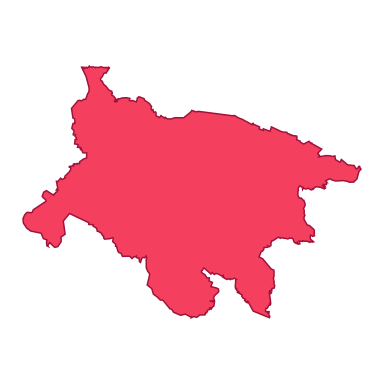 the district of Teocuitatlán de Corona, Jalisco, Mexico
{"feature_id": "50627088B4235190972494", "entity_name": "Teocuitatlán de Corona", "entity_type": "district", "adm_level": 2, "iso_a3": "MEX", "parent_name": "Mexico", "parent_adm1": "Jalisco", "projection": "natural_earth1", "projection_center": [-103.338, 20.111], "detail": "fine", "context": "isolated", "style": "filled", "palette": "rose", "viewbox_px": 384, "rotation_deg": 0, "n_neighbors": 0, "source": "geoboundaries", "source_scale": "gbopen_adm2", "svg_char_len": 5965}
<svg xmlns="http://www.w3.org/2000/svg" viewBox="0 0 384 384"><path d="M206.6,312.8L208.0,309.9L209.3,309.6L209.8,307.7L210.7,307.9L210.6,309.1L211.1,309.2L212.5,307.1L213.9,306.0L214.5,301.4L212.3,301.6L209.5,300.9L214.5,300.8L213.6,297.7L214.7,295.5L218.6,291.9L218.7,290.2L218.4,288.9L216.0,287.8L210.9,286.6L212.5,282.4L209.0,280.9L209.4,277.9L206.9,277.8L204.9,274.6L202.6,273.3L201.4,272.0L201.4,271.1L202.4,270.4L203.6,268.1L204.1,268.0L210.9,274.1L212.2,272.5L214.3,274.5L215.7,273.5L218.0,273.9L222.0,276.1L222.4,276.8L223.2,275.5L224.0,278.0L226.9,279.4L228.9,278.8L230.3,279.6L230.7,278.9L232.2,279.1L234.7,278.3L236.2,279.4L235.8,279.5L235.2,287.0L236.5,288.7L235.8,288.8L237.6,291.3L237.3,292.3L238.8,293.1L238.9,292.2L240.1,293.8L242.1,295.0L241.7,296.1L243.1,298.2L245.3,299.2L244.6,300.4L246.4,302.3L247.1,302.6L247.1,301.5L247.9,301.4L253.2,311.1L269.4,317.7L269.8,316.7L269.6,316.0L267.5,312.4L267.5,311.9L268.1,312.0L269.0,312.7L269.1,311.6L265.7,311.6L265.5,311.0L266.0,308.4L267.0,308.3L268.0,307.2L268.2,306.1L269.2,305.1L269.9,305.3L270.7,304.0L270.7,303.4L270.0,303.5L269.8,303.0L270.5,302.1L270.5,300.8L269.5,294.2L270.9,293.5L271.4,292.5L269.2,292.5L269.8,290.7L270.9,291.0L271.3,289.9L271.7,290.0L271.7,291.4L272.1,288.4L274.0,288.2L274.3,287.8L274.7,285.4L274.0,284.2L274.1,281.5L273.4,278.3L274.0,276.2L274.0,271.2L273.9,270.2L271.1,268.9L262.7,258.8L259.0,256.9L261.3,251.5L262.3,251.3L263.7,249.7L263.9,247.6L267.7,247.2L268.3,246.8L267.9,246.0L269.4,246.7L270.9,245.6L271.0,243.1L271.6,241.0L273.0,240.7L278.5,237.1L280.3,238.3L281.0,237.7L288.0,238.9L289.5,238.1L292.2,238.3L293.0,239.0L294.2,242.2L296.2,243.5L297.2,242.4L297.3,243.5L298.0,244.2L299.9,243.8L299.2,241.1L302.7,241.4L302.8,240.7L304.6,241.3L306.9,241.1L309.4,242.2L309.3,241.7L309.6,241.5L312.4,242.1L313.6,241.8L310.5,239.2L310.1,236.9L310.6,235.2L312.8,236.4L314.0,235.5L314.7,236.3L313.9,233.7L314.4,233.1L314.2,230.4L313.9,229.5L309.3,225.4L307.4,225.2L304.2,219.7L303.9,217.4L304.9,215.4L304.1,213.4L304.3,210.9L303.6,208.5L305.0,205.7L305.1,203.7L303.8,200.3L303.3,200.3L301.3,198.1L299.3,198.1L297.9,195.3L297.9,191.4L298.4,190.6L298.1,188.6L299.6,185.8L302.5,187.4L302.6,189.3L303.4,187.9L303.7,188.5L306.0,189.0L308.5,188.3L311.0,189.9L312.0,189.7L312.5,188.8L313.1,189.3L314.8,187.3L316.7,186.7L321.2,187.5L324.2,188.9L325.2,188.3L323.0,186.0L325.0,186.4L323.5,184.5L326.4,184.5L326.5,182.7L327.0,182.7L326.4,182.1L326.5,181.3L325.8,180.7L329.9,178.7L331.6,179.8L335.5,181.0L343.3,180.6L347.8,181.4L349.1,182.2L353.7,182.1L356.9,179.0L359.0,171.4L361.0,169.1L359.7,167.4L359.8,166.7L359.5,166.3L358.5,166.6L358.0,168.1L356.2,168.9L354.1,165.5L347.7,164.9L341.4,159.5L340.2,162.1L339.5,162.0L335.5,159.6L334.9,155.9L332.4,156.5L329.8,155.7L325.8,155.6L318.7,156.9L319.5,155.4L317.7,153.4L321.7,149.1L312.2,143.8L311.8,143.1L311.2,143.6L309.0,141.3L303.7,144.0L300.5,142.3L300.1,141.1L296.6,139.7L297.0,137.4L296.7,136.1L292.1,135.4L291.3,134.8L290.4,135.0L289.3,133.9L287.7,133.8L286.8,132.3L282.0,131.9L271.4,126.9L270.1,131.3L263.3,128.8L263.4,130.4L259.2,129.0L259.6,126.9L253.7,124.3L252.9,124.5L253.4,122.8L251.8,124.5L242.4,119.4L238.3,117.8L234.6,115.5L232.8,115.8L198.7,111.4L195.9,111.8L191.8,110.4L190.7,112.1L183.6,117.8L176.3,117.7L174.1,117.9L171.1,119.0L167.2,118.8L165.2,117.3L164.7,118.2L160.9,115.6L159.6,117.5L156.1,115.9L156.0,112.5L155.5,111.9L153.7,112.3L152.9,109.5L151.9,110.2L150.9,108.5L151.6,106.6L149.4,103.5L144.8,100.4L144.0,98.6L139.0,96.7L137.2,98.1L137.4,98.7L136.3,101.8L132.3,100.5L130.7,100.9L129.4,100.5L129.9,98.4L126.5,97.7L121.8,98.0L119.6,98.9L118.2,98.7L117.9,99.5L116.7,99.5L115.4,100.5L117.1,100.3L117.3,101.4L115.3,102.0L114.8,101.3L115.5,98.5L113.6,96.2L111.7,94.9L111.7,94.0L112.4,93.4L111.7,91.2L110.0,90.7L108.3,89.4L106.1,86.4L103.3,84.0L102.4,81.4L100.5,80.1L100.5,78.7L102.4,76.5L103.8,73.5L104.6,73.0L106.1,73.1L109.4,67.9L108.3,67.1L107.6,68.4L106.2,67.4L103.8,67.6L100.7,66.7L99.7,67.4L95.4,67.3L95.2,67.7L93.5,66.9L89.5,67.0L89.3,66.2L87.2,68.1L86.1,67.2L84.4,68.6L83.3,67.6L83.6,67.2L81.6,67.2L86.1,76.5L89.1,87.9L89.0,91.4L87.5,94.1L85.7,99.3L83.6,99.3L81.4,100.9L79.7,100.3L78.0,100.6L71.5,108.4L72.9,117.9L74.6,119.0L75.0,122.8L74.8,123.5L74.0,123.1L72.9,123.7L71.8,128.3L74.1,131.0L74.0,132.2L73.2,133.9L73.3,134.9L75.5,134.9L75.0,136.2L76.2,137.6L76.5,139.1L76.6,139.4L75.1,139.5L74.6,143.9L78.2,144.6L77.5,147.4L79.7,147.2L80.4,149.2L81.0,148.1L82.9,152.8L86.6,152.9L86.6,158.1L83.8,158.9L79.7,161.7L79.5,163.6L77.0,163.5L77.0,164.2L74.1,163.7L73.7,165.6L73.2,164.9L72.9,165.8L69.3,166.5L69.3,167.2L70.7,167.4L70.7,169.5L69.3,171.8L65.0,176.1L64.8,177.0L65.4,177.8L62.2,179.5L60.6,178.2L58.0,181.4L56.4,181.3L57.7,188.0L56.3,190.0L57.9,190.1L57.1,191.7L55.8,192.4L54.9,193.7L54.4,193.7L53.6,195.2L46.4,190.6L43.7,192.2L42.2,196.2L43.3,197.9L45.7,199.7L46.1,201.2L33.3,209.7L32.2,212.2L31.4,212.7L27.8,212.3L26.6,212.7L24.6,215.0L23.0,218.7L23.4,223.1L26.7,228.1L30.6,231.0L41.1,233.2L43.4,238.6L46.9,239.9L46.5,242.5L46.9,245.8L48.1,246.4L47.7,245.8L49.6,242.5L54.6,247.3L57.7,246.7L61.2,241.6L61.0,237.1L65.1,234.2L63.3,221.1L69.5,213.5L88.8,222.7L88.8,224.5L93.1,224.7L93.0,226.0L96.6,228.3L97.3,231.3L98.4,231.4L101.4,233.3L102.6,235.6L103.6,236.2L103.7,238.0L104.5,239.1L109.9,238.7L112.7,237.6L113.2,238.7L112.6,241.6L115.7,244.2L115.5,246.2L116.5,246.4L118.0,251.5L119.0,252.7L121.1,253.3L122.5,256.4L129.1,256.2L130.2,256.7L132.0,258.6L133.9,256.7L135.3,256.8L136.4,256.1L136.5,257.4L137.3,258.0L139.0,258.1L139.5,261.7L140.5,262.4L141.9,258.2L143.4,257.4L144.7,257.8L146.1,256.0L146.8,257.8L146.2,259.1L146.3,267.9L147.8,271.5L149.4,273.5L149.6,275.1L147.2,285.0L151.8,288.7L153.4,294.2L157.3,297.0L160.3,300.0L162.2,300.1L163.4,300.7L169.9,308.8L171.7,309.3L173.6,312.3L180.7,315.3L185.4,314.1L190.5,316.9L191.3,316.7L191.2,317.8L193.7,316.6L196.8,317.3L199.8,315.0L204.8,314.9L205.6,314.5L205.1,314.5L205.7,312.5L206.6,312.8Z" fill="#f43f5e" stroke="#9f1239" stroke-width="1.5"/></svg>